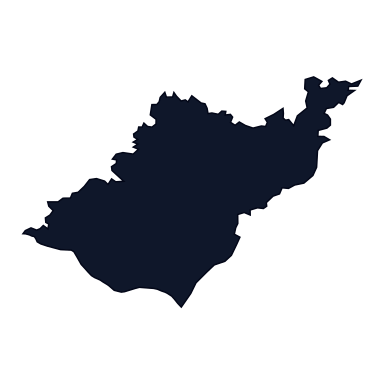 the district of Dehkanabad, Kashkadarya, Uzbekistan
{"feature_id": "79887680B51602053820604", "entity_name": "Dehkanabad", "entity_type": "district", "adm_level": 2, "iso_a3": "UZB", "parent_name": "Uzbekistan", "parent_adm1": "Kashkadarya", "projection": "robinson", "projection_center": [66.692, 38.343], "detail": "fine", "context": "isolated", "style": "filled", "palette": "ink", "viewbox_px": 384, "rotation_deg": 0, "n_neighbors": 0, "source": "geoboundaries", "source_scale": "gbopen_adm2", "svg_char_len": 2438}
<svg xmlns="http://www.w3.org/2000/svg" viewBox="0 0 384 384"><path d="M151.9,104.6L150.3,114.9L156.1,119.3L156.0,124.0L152.0,127.1L147.6,126.5L143.9,123.1L142.1,127.1L138.7,127.0L137.9,131.0L133.6,134.0L134.0,137.1L137.7,139.4L133.2,142.1L137.8,144.1L133.3,147.1L138.5,149.2L133.2,154.1L122.9,152.6L116.2,154.2L112.4,159.1L116.6,159.9L116.3,163.5L111.5,166.7L112.0,170.5L123.8,181.3L115.7,181.8L111.6,178.9L108.0,184.5L104.6,181.1L96.5,178.6L89.6,179.6L84.3,186.4L78.1,192.3L72.4,193.3L70.4,198.1L63.0,198.2L58.0,201.9L47.7,201.9L48.8,206.2L53.2,210.6L49.9,215.1L45.4,217.9L45.8,222.4L48.8,224.1L47.9,228.9L43.3,225.5L40.1,228.7L36.6,230.1L31.0,227.9L25.3,230.6L23.0,233.7L25.4,233.8L27.8,234.4L29.5,234.9L31.8,236.0L34.4,236.6L35.9,238.9L37.2,241.8L40.8,243.9L47.4,246.1L60.5,249.6L66.9,249.9L71.3,250.1L73.9,251.7L77.3,257.5L81.2,264.4L84.7,268.2L88.5,272.5L91.5,275.6L94.7,277.6L97.7,278.9L100.3,280.1L102.9,281.9L107.2,284.5L108.9,285.7L114.2,290.3L118.5,291.4L121.3,292.1L124.5,291.7L135.2,288.4L139.4,287.3L153.7,288.4L157.4,289.2L161.6,291.0L163.4,291.6L164.9,292.1L166.8,293.0L171.7,296.1L174.3,299.0L177.8,303.4L181.3,307.1L190.8,293.4L196.0,282.8L206.5,272.3L214.3,264.9L224.9,261.3L231.4,255.3L236.6,244.5L239.9,237.2L234.3,234.2L235.7,227.8L237.8,223.5L237.7,214.5L244.2,212.5L250.2,215.0L250.1,210.0L257.5,207.8L263.4,208.5L266.7,206.2L266.3,202.6L273.1,196.1L279.5,193.9L282.1,187.8L288.5,188.4L294.7,185.0L303.9,183.1L312.9,175.5L316.6,167.3L317.5,150.7L322.4,142.9L329.6,139.8L324.0,136.5L317.8,136.4L318.2,130.4L326.9,128.1L330.4,125.1L330.4,119.1L327.5,115.0L324.1,113.4L326.4,108.5L333.6,107.3L338.7,102.4L342.6,104.5L344.1,102.8L347.0,95.8L354.5,90.5L348.1,90.3L348.7,86.5L357.8,86.1L361.0,80.2L351.5,84.0L345.6,81.2L338.5,82.2L332.4,77.9L328.4,80.4L330.0,84.1L326.7,87.8L320.5,88.5L318.6,85.2L321.9,81.4L313.7,76.9L305.2,79.5L304.7,88.8L308.4,91.8L305.7,101.0L307.2,107.9L297.4,115.8L293.7,125.7L288.7,119.6L285.5,120.2L283.1,118.0L283.4,113.5L283.0,108.4L273.8,114.4L265.1,118.7L267.4,122.3L265.6,126.5L261.4,126.0L253.0,128.1L245.4,125.5L239.3,122.0L235.1,125.3L230.5,122.3L232.6,117.1L230.4,114.4L225.2,115.0L225.8,111.4L221.8,111.1L218.3,114.3L211.9,113.0L208.0,113.6L207.1,108.3L205.0,103.8L201.1,103.0L191.8,95.8L188.0,101.9L185.3,99.9L181.1,101.0L176.5,96.2L173.9,92.5L172.6,97.0L166.4,97.1L164.8,92.3L160.2,97.4L159.2,101.7L156.9,104.5L151.9,104.6Z" fill="#0f172a" stroke="#020617" stroke-width="1.5"/></svg>